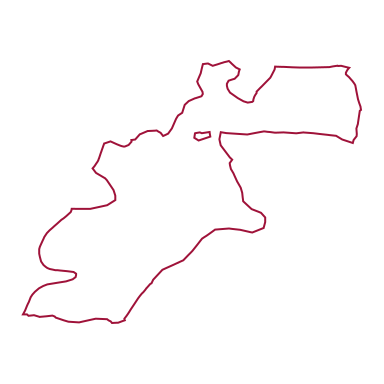 Az Zaydiah, Al Hudaydah, Yemen (Albers equal-area conic projection)
{"feature_id": "15242507B8611350311836", "entity_name": "Az Zaydiah", "entity_type": "district", "adm_level": 2, "iso_a3": "YEM", "parent_name": "Yemen", "parent_adm1": "Al Hudaydah", "projection": "albers", "projection_center": [43.054, 15.3], "detail": "fine", "context": "isolated", "style": "outline", "palette": "rose", "viewbox_px": 384, "rotation_deg": 0, "n_neighbors": 0, "source": "geoboundaries", "source_scale": "gbopen_adm2", "svg_char_len": 4621}
<svg xmlns="http://www.w3.org/2000/svg" viewBox="0 0 384 384"><path d="M140.7,134.0L140.4,134.1L139.8,134.3L136.9,137.6L135.2,139.5L133.1,139.8L132.5,139.9L131.9,140.0L131.4,140.0L131.5,141.7L128.6,145.0L124.9,146.5L123.9,146.6L122.0,146.2L120.4,145.7L116.7,144.2L110.5,141.4L104.3,143.5L104.2,143.5L103.4,145.6L102.5,148.2L102.1,149.3L101.6,150.7L101.5,151.1L100.9,152.7L99.0,158.4L98.9,158.5L98.2,160.5L97.4,161.9L97.1,162.3L96.0,163.9L94.7,165.9L93.3,167.6L92.6,168.4L96.0,172.9L104.6,178.0L104.9,178.1L106.8,180.1L111.2,186.6L113.2,189.6L113.5,190.0L113.7,190.7L113.9,191.2L115.0,194.7L115.3,195.7L115.3,200.1L111.0,202.8L107.2,205.2L98.5,207.1L90.1,208.9L81.5,208.9L79.0,208.9L73.1,208.8L71.7,208.8L71.4,210.4L70.7,212.1L68.4,214.2L66.2,216.2L63.5,218.4L61.4,219.8L57.1,223.7L54.1,226.3L52.6,227.7L49.6,230.3L46.9,233.1L45.7,234.9L44.3,237.0L43.7,238.4L43.3,239.3L42.8,240.3L39.9,246.7L39.2,249.1L39.2,253.7L39.9,257.0L41.1,261.5L43.5,265.0L45.6,266.8L47.3,268.0L49.7,269.0L52.7,269.6L55.4,270.2L57.5,270.2L60.0,270.5L67.3,271.2L73.6,272.0L76.1,273.7L76.1,275.0L75.6,277.1L72.7,279.3L66.0,281.4L59.6,282.4L47.3,284.4L43.2,286.0L39.0,288.3L34.9,291.8L32.4,294.6L30.7,297.2L28.8,302.1L28.0,303.6L27.0,305.8L26.0,308.3L25.3,310.0L25.0,310.7L23.0,314.4L27.0,314.4L28.5,315.8L34.0,315.2L39.4,316.8L39.5,316.9L46.2,316.3L52.4,315.6L54.7,316.5L55.7,317.6L63.7,320.3L68.4,321.7L79.1,322.4L83.0,321.5L95.7,318.7L107.1,319.2L108.6,320.4L110.7,321.4L112.0,323.0L115.1,322.8L118.2,322.7L121.4,321.5L123.3,320.8L124.8,320.3L124.6,319.8L124.4,318.6L124.6,318.4L126.6,315.8L127.5,314.5L128.0,313.8L129.6,311.3L130.7,309.5L131.9,307.7L133.1,305.9L134.3,304.1L136.6,300.6L138.2,298.2L140.0,295.8L141.8,293.6L143.3,292.2L145.3,289.8L146.5,288.1L146.8,287.9L147.9,286.6L148.2,286.3L150.0,284.2L150.7,283.7L151.5,283.3L153.0,280.1L153.2,279.7L154.7,278.1L162.4,269.8L166.1,268.1L170.8,266.0L172.8,265.1L180.6,261.5L183.3,260.3L185.8,257.7L186.0,257.5L188.1,255.3L190.7,252.7L192.5,250.8L192.8,250.4L194.8,247.9L197.1,245.0L200.2,241.0L202.1,238.6L202.9,238.1L204.2,237.2L206.3,235.9L208.6,234.3L212.5,231.5L215.1,229.6L229.0,228.5L232.0,228.9L240.2,229.8L242.8,230.4L248.5,231.7L250.2,232.1L252.3,232.5L263.6,228.0L263.6,227.8L264.0,226.7L264.1,226.2L265.2,222.1L265.2,221.3L265.2,217.5L264.9,217.1L261.0,212.8L258.3,211.7L251.6,209.1L243.2,201.3L242.9,198.9L242.7,197.5L242.2,192.8L240.7,187.7L239.0,184.7L237.2,181.6L237.0,181.2L234.4,175.5L233.8,174.1L233.6,173.7L233.5,173.4L230.9,169.0L230.0,165.3L229.7,163.1L232.2,159.7L231.0,158.5L229.9,157.5L220.7,145.3L220.6,144.8L219.7,140.8L219.4,139.2L220.0,136.2L220.8,132.2L226.3,133.1L230.7,133.4L247.3,134.5L250.4,133.9L253.0,133.4L259.4,132.2L263.9,131.4L265.2,131.5L267.3,131.8L269.7,132.0L270.6,132.1L273.5,132.5L275.1,132.7L283.5,132.4L296.3,133.3L303.6,132.4L303.8,132.5L313.3,133.2L319.0,133.9L328.1,134.9L329.6,135.1L336.1,135.8L342.2,139.5L348.6,141.6L352.8,143.0L353.6,140.0L356.6,136.2L356.8,134.0L356.4,128.5L357.9,123.9L358.0,122.8L359.8,110.8L361.0,109.9L360.6,107.5L360.6,107.3L360.5,106.6L359.2,103.0L358.0,99.2L357.9,98.7L356.3,90.7L356.1,89.5L355.3,85.3L354.4,83.7L352.5,81.1L350.9,79.3L349.0,77.1L346.8,75.2L345.9,74.3L345.9,73.3L345.9,72.7L347.1,70.4L348.2,68.9L349.2,67.8L347.1,67.3L341.1,65.8L338.0,66.0L337.6,65.7L332.9,66.4L329.4,67.1L312.7,67.5L298.6,67.5L292.5,67.3L284.3,66.9L283.1,66.9L276.9,66.7L275.1,66.6L274.6,69.5L271.3,75.9L270.3,77.7L265.4,82.7L261.0,87.2L260.9,87.2L257.7,90.5L256.6,91.6L256.6,93.0L256.0,93.9L255.7,94.3L255.3,94.9L254.3,96.7L253.5,99.1L253.4,99.5L253.3,100.4L253.2,101.1L252.2,101.9L247.7,102.6L243.5,101.3L237.8,98.1L230.0,92.6L227.6,88.7L226.9,85.8L226.9,83.8L227.2,83.2L228.6,80.7L230.3,80.1L232.8,79.3L234.6,78.8L235.6,77.8L237.4,76.0L238.3,75.0L238.9,71.8L239.4,70.2L239.7,69.4L235.9,67.5L231.2,63.2L231.0,62.9L228.9,61.0L227.2,61.5L224.6,62.1L223.8,62.3L223.3,62.5L222.3,62.8L220.6,63.3L220.1,63.5L219.5,63.7L217.0,64.5L214.3,65.3L213.4,65.6L212.7,65.8L208.0,63.5L206.1,63.7L202.9,64.1L201.7,68.9L200.7,73.3L199.1,77.0L197.2,81.5L198.2,84.1L198.8,85.2L202.1,91.1L202.5,91.8L202.8,94.0L202.4,94.7L201.5,96.2L200.8,96.5L195.5,98.2L195.0,98.3L194.7,98.4L193.6,98.9L188.7,101.1L186.5,103.2L185.8,103.8L184.7,104.9L183.4,109.0L182.2,112.8L178.1,115.5L176.8,117.6L176.0,119.0L171.9,128.4L169.6,131.6L168.5,133.1L168.2,133.6L167.3,134.0L166.6,134.4L163.1,136.0L160.6,132.8L158.4,131.6L156.7,130.5L154.5,130.7L148.4,131.0L147.7,131.0L144.2,132.5L140.7,134.0ZM209.6,132.0L209.8,133.8L210.3,136.6L198.6,140.5L194.3,137.8L195.0,133.3L195.1,133.2L199.8,132.4L201.8,133.2L209.6,132.0Z" fill="none" stroke="#9f1239" stroke-width="2"/></svg>